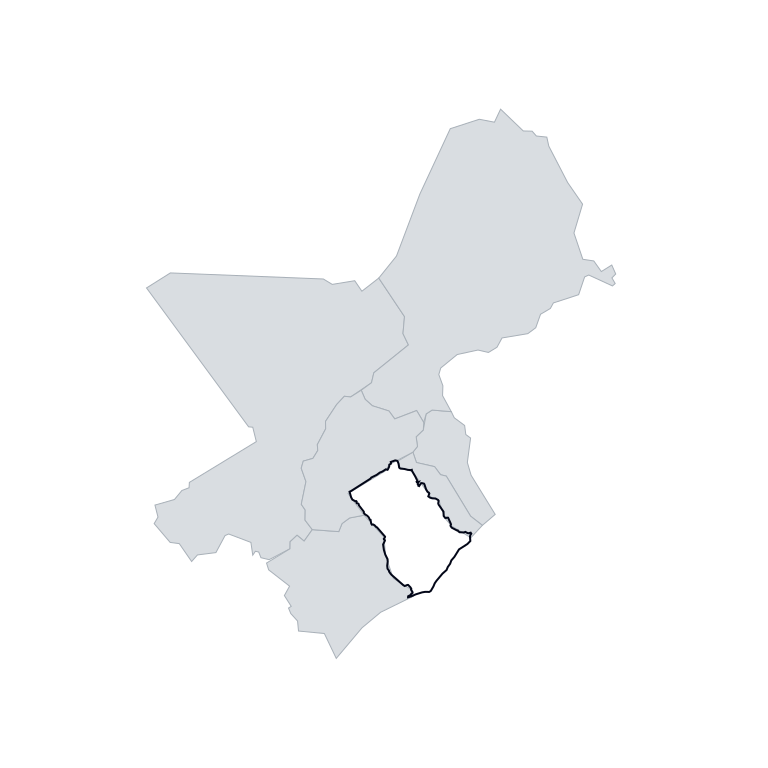 Ghana shown with its bordering countries, rotated 328°
{"feature_id": "GHA", "entity_name": "Ghana", "entity_type": "country or territory", "adm_level": 0, "iso_a3": "GHA", "parent_name": "Africa", "parent_adm1": "", "projection": "orthographic", "projection_center": [-1.079, 7.965], "detail": "medium", "context": "with_neighbors", "style": "outline", "palette": "ink", "viewbox_px": 768, "rotation_deg": 328, "n_neighbors": 6, "source": "natural_earth", "source_scale": "50m", "svg_char_len": 4858}
<svg xmlns="http://www.w3.org/2000/svg" viewBox="0 0 768 768"><g transform="rotate(328 384 384)"><path d="M126.8,432.6L125.8,410.9L118.7,405.0L115.1,380.6L121.8,377.1L125.6,365.3L145.1,370.9L156.2,367.2L163.7,368.7L166.8,364.3L245.2,365.2L249.8,351.1L246.5,348.6L233.5,176.7L261.7,176.6L388.2,262.8L392.9,272.1L413.9,280.9L414.4,293.6L435.7,291.4L437.1,337.7L426.8,351.3L425.4,363.8L381.3,369.1L374.1,376.3L348.8,377.3L343.9,373.4L333.0,376.3L314.6,384.7L310.8,391.1L295.3,400.1L292.6,405.3L284.3,409.4L274.7,406.6L269.2,411.5L266.1,425.4L250.1,442.2L250.4,449.1L244.9,457.6L246.0,469.5L233.0,474.9L230.1,466.2L220.8,468.0L217.0,473.9L193.5,472.1L187.6,466.1L188.7,460.1L186.3,457.7L182.0,459.6L187.2,447.8L172.8,428.9L168.9,428.3L152.1,437.9L135.2,430.1L126.8,432.6Z" fill="#d9dde1" stroke="#a8b0b8" stroke-width="1"/><path d="M409.2,553.5L392.5,556.0L387.4,542.0L388.0,495.1L383.9,490.9L383.1,480.9L369.9,467.8L372.4,457.1L379.3,454.7L383.3,445.8L393.0,443.8L403.9,431.7L411.0,431.6L426.4,443.1L425.7,449.9L430.4,461.9L426.6,470.2L428.8,475.7L413.1,494.7L409.5,507.6L409.2,553.5Z" fill="#d9dde1" stroke="#a8b0b8" stroke-width="1"/><path d="M628.5,212.7L636.2,243.2L643.6,248.1L644.6,254.4L652.9,260.9L649.8,269.6L646.5,310.5L647.7,336.7L625.1,356.6L618.7,383.6L627.1,390.8L627.9,403.8L640.2,403.8L638.8,413.5L633.5,414.8L633.3,421.3L629.7,421.9L615.4,400.1L610.9,399.5L596.4,411.4L570.6,405.0L565.1,408.1L553.7,407.8L542.5,416.7L532.6,417.5L508.5,407.5L499.3,412.7L489.3,412.6L481.7,405.0L461.7,397.8L440.6,400.5L435.5,405.0L433.0,416.7L427.5,424.9L426.4,443.1L411.0,431.6L403.9,431.7L397.3,437.7L397.6,423.8L374.6,419.3L373.9,409.5L362.6,396.3L359.9,387.0L361.4,377.2L374.1,376.3L381.3,369.1L425.4,363.8L426.8,351.3L437.1,337.7L435.7,291.4L462.4,282.1L515.1,241.9L575.5,202.6L605.1,210.0L616.4,220.5L628.5,212.7Z" fill="#d9dde1" stroke="#a8b0b8" stroke-width="1"/><path d="M372.4,457.1L369.9,467.8L383.1,480.9L383.9,490.9L388.0,495.1L387.4,542.0L392.5,556.0L376.2,560.4L366.2,540.4L364.5,530.2L368.9,511.8L363.8,504.4L361.8,473.5L353.4,463.1L354.9,456.7L372.4,457.1Z" fill="#d9dde1" stroke="#a8b0b8" stroke-width="1"/><path d="M189.5,473.6L217.0,473.9L220.8,468.0L230.1,466.2L233.0,474.9L246.0,469.5L267.4,485.2L274.5,480.1L283.9,479.4L297.6,484.7L302.8,513.8L294.2,530.9L288.9,553.9L297.6,571.5L296.6,579.5L260.2,575.8L236.2,579.1L198.1,591.4L201.2,564.0L180.6,548.2L185.1,539.2L183.3,529.3L184.3,523.4L187.5,523.4L187.4,510.6L196.8,505.4L187.7,480.5L189.5,473.6Z" fill="#d9dde1" stroke="#a8b0b8" stroke-width="1"/><path d="M246.0,469.5L244.9,457.6L250.4,449.1L250.1,442.2L266.1,425.4L269.2,411.5L274.7,406.6L284.3,409.4L292.6,405.3L295.3,400.1L310.8,391.1L314.6,384.7L333.0,376.3L343.9,373.4L348.8,377.3L361.4,377.2L359.9,387.0L362.6,396.3L373.9,409.5L374.6,419.3L397.6,423.8L397.3,437.7L393.0,443.8L383.3,445.8L379.3,454.7L372.4,457.1L345.6,455.1L339.1,458.4L295.5,457.8L297.6,484.7L283.9,479.4L274.5,480.1L267.4,485.2L246.0,469.5Z" fill="#d9dde1" stroke="#a8b0b8" stroke-width="1"/><path d="M353.0,454.7L354.3,455.9L354.6,456.7L354.1,459.3L352.6,462.9L352.7,463.7L353.3,464.6L356.2,466.8L358.8,469.5L361.1,471.2L362.1,471.5L361.7,472.6L361.5,479.0L361.0,483.8L360.7,484.2L359.9,484.2L359.8,484.7L360.0,485.2L361.4,485.5L360.0,486.2L359.5,486.9L359.8,487.7L359.2,488.4L359.7,489.2L362.6,487.8L363.5,488.0L365.1,489.7L365.1,490.5L363.9,495.5L363.8,498.4L364.5,500.0L364.4,500.9L362.0,502.8L362.9,504.9L364.3,506.5L367.0,508.4L368.4,511.0L368.4,512.0L366.7,514.0L366.4,515.3L366.8,523.8L364.7,527.5L364.9,529.8L365.5,530.5L366.6,530.7L367.5,531.4L366.6,537.9L366.4,538.6L365.5,539.1L365.2,539.9L365.3,541.7L368.3,546.9L368.9,547.2L369.0,548.4L369.6,549.8L373.2,552.3L374.6,552.5L376.0,554.9L376.7,555.4L378.7,556.0L378.7,557.2L377.1,557.9L376.0,559.1L374.0,562.9L369.9,563.9L360.0,564.0L352.1,567.9L347.6,569.3L344.8,571.5L341.1,573.0L338.5,574.9L333.1,575.8L324.2,578.7L321.4,579.9L318.6,581.9L314.0,584.3L312.2,584.3L308.6,582.0L305.9,580.9L299.4,579.2L294.4,578.5L291.4,577.6L292.0,576.8L294.8,577.0L295.9,576.4L297.5,576.3L297.9,575.7L298.0,572.7L298.6,572.2L298.7,570.6L298.0,567.2L297.4,566.8L294.5,566.3L293.8,564.9L289.3,550.0L289.0,548.1L288.9,545.8L289.3,544.9L289.1,542.5L290.4,539.8L293.1,536.5L294.2,534.4L294.7,529.3L296.0,524.6L298.2,519.6L301.8,517.3L302.0,516.6L301.6,515.8L301.8,515.2L303.3,514.7L304.0,514.0L302.1,501.9L301.6,501.1L301.1,498.7L300.3,497.3L299.2,496.9L299.2,495.6L300.6,492.1L300.1,491.7L300.4,489.0L300.0,486.9L298.8,484.4L298.6,482.6L299.2,481.6L298.4,473.5L298.9,472.6L298.7,471.7L297.8,470.8L297.8,470.0L298.5,469.2L298.4,468.6L297.5,468.1L295.9,465.3L296.1,462.6L297.7,457.1L299.3,457.3L322.3,457.1L323.6,456.6L329.7,457.2L333.5,456.9L336.3,457.4L340.3,457.3L341.4,458.6L341.8,458.6L344.5,456.9L345.8,455.2L347.5,455.3L348.1,454.7L348.4,453.7L353.0,454.7Z" fill="none" stroke="#020617" stroke-width="2"/></g></svg>